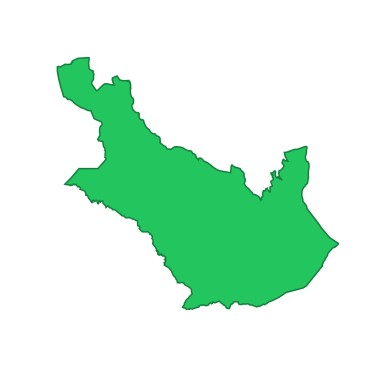 La Perla, Veracruz, Mexico, rotated 189°
{"feature_id": "50627088B27528347221252", "entity_name": "La Perla", "entity_type": "district", "adm_level": 2, "iso_a3": "MEX", "parent_name": "Mexico", "parent_adm1": "Veracruz", "projection": "albers", "projection_center": [-97.171, 18.982], "detail": "fine", "context": "isolated", "style": "filled", "palette": "green", "viewbox_px": 384, "rotation_deg": 189, "n_neighbors": 0, "source": "geoboundaries", "source_scale": "gbopen_adm2", "svg_char_len": 6037}
<svg xmlns="http://www.w3.org/2000/svg" viewBox="0 0 384 384"><g transform="rotate(189 192 192)"><path d="M85.8,254.8L87.8,254.4L94.7,250.6L97.5,250.1L104.7,246.1L107.0,245.5L105.2,241.1L104.3,240.5L103.8,239.2L102.2,237.6L104.1,237.4L105.4,237.6L106.6,238.6L107.1,238.4L107.6,234.7L105.5,232.8L105.4,231.8L105.9,230.1L108.0,227.1L109.3,226.9L109.3,224.0L108.7,222.5L108.5,221.2L104.8,217.9L106.0,218.2L108.9,219.5L109.6,220.3L110.3,219.3L111.8,220.5L112.4,222.5L112.5,224.8L113.2,225.8L113.8,225.7L115.4,223.7L117.0,223.1L116.2,221.3L114.8,221.6L115.0,219.3L113.7,217.8L113.9,216.6L115.8,214.9L115.3,213.6L113.5,210.5L115.8,209.0L114.8,204.5L115.4,204.3L116.9,205.5L118.0,206.7L118.2,207.5L119.8,206.3L119.9,204.6L121.6,204.4L122.2,202.1L121.3,199.4L121.5,198.7L122.7,197.7L122.1,195.8L122.7,194.6L124.8,197.3L126.2,198.3L127.4,198.8L130.3,199.4L131.1,199.2L131.7,199.6L132.4,200.9L134.1,201.9L136.8,204.3L138.1,204.9L140.1,206.4L141.7,208.4L141.1,211.5L141.6,213.4L142.6,214.4L142.7,215.2L143.3,216.1L143.1,216.9L143.3,217.7L144.1,219.2L147.4,221.5L148.2,222.7L149.5,222.7L150.7,223.1L153.5,223.1L154.0,223.7L154.7,223.7L155.8,224.2L156.7,225.0L157.3,224.0L156.9,217.1L167.9,217.3L170.5,217.8L175.3,219.9L176.8,221.0L181.4,223.4L184.7,224.3L188.2,226.7L189.5,226.8L190.6,226.2L190.7,224.8L193.0,226.6L193.7,228.2L195.2,229.8L197.3,230.1L198.8,232.1L200.0,232.4L201.9,232.1L204.2,232.6L206.2,233.3L206.6,233.8L209.8,234.5L214.7,234.3L216.4,233.7L219.8,230.7L220.8,230.9L223.4,230.6L224.5,232.1L225.6,232.9L227.4,233.4L231.5,235.8L231.2,236.6L231.9,239.9L233.3,241.5L235.8,242.0L237.6,243.6L238.9,243.4L240.5,243.7L242.5,244.9L244.1,247.0L246.0,247.9L248.1,249.7L250.5,253.6L251.1,255.2L252.4,255.7L253.0,255.5L254.2,255.7L255.1,256.2L256.0,257.6L256.3,260.7L256.7,261.6L257.7,261.9L258.3,261.7L260.9,262.2L261.9,263.1L263.1,263.7L263.7,265.3L264.9,267.1L264.8,269.1L264.0,269.9L263.9,273.3L265.0,275.5L266.0,275.8L266.8,276.8L268.2,279.6L269.1,284.8L268.7,284.8L269.9,290.1L270.4,290.0L270.8,291.5L272.7,291.3L272.3,292.1L277.5,291.1L280.3,291.3L281.3,291.7L284.2,294.9L288.5,292.1L288.2,290.0L285.7,285.3L292.9,285.5L295.2,285.1L296.5,283.9L300.3,278.8L300.9,277.6L302.2,277.1L308.1,283.1L308.2,285.1L306.9,287.7L307.4,291.7L307.2,292.4L307.6,293.5L308.3,294.2L308.3,295.9L312.0,296.9L313.0,298.1L314.3,303.3L314.4,307.0L314.7,308.6L325.6,306.2L330.9,302.5L330.4,301.3L331.5,300.6L331.2,299.5L334.6,298.5L337.4,298.3L341.7,294.8L343.7,295.2L344.6,294.5L343.8,290.0L341.4,283.1L338.3,275.7L333.6,266.0L331.6,266.0L329.4,264.0L326.6,264.2L324.1,262.9L321.9,261.2L315.0,258.0L311.4,257.4L308.2,256.4L306.2,256.2L304.8,256.7L300.1,249.1L292.7,247.1L292.0,246.4L291.6,245.8L291.5,244.3L292.8,242.4L293.1,240.1L292.6,236.3L291.7,234.1L293.4,229.2L292.7,228.7L292.4,228.0L290.9,228.1L287.9,227.7L286.6,223.1L285.1,221.8L284.7,220.9L284.5,219.4L283.7,218.1L283.8,216.4L283.3,212.5L282.9,212.4L282.0,210.8L288.6,200.4L307.3,197.4L313.8,186.7L318.8,179.8L316.6,179.6L314.6,180.1L313.9,179.4L313.4,179.3L313.0,179.8L312.7,179.6L310.9,180.2L310.6,181.2L309.4,181.2L308.9,180.8L308.4,181.1L307.4,181.0L305.6,179.2L304.4,179.7L303.1,178.9L302.8,177.6L303.0,177.1L299.4,176.5L297.9,175.9L296.7,174.0L296.3,172.1L295.1,172.3L294.5,172.1L293.2,169.7L291.3,168.1L289.4,165.9L288.8,166.0L288.3,166.4L288.9,167.3L288.1,168.6L287.4,168.3L286.7,167.4L286.3,167.7L285.7,168.7L285.2,168.8L284.5,168.3L283.4,165.8L282.8,165.7L282.4,166.2L282.7,167.8L282.1,169.0L281.5,168.8L281.3,167.9L280.9,167.6L280.1,168.7L279.2,169.1L278.4,168.8L278.2,167.1L275.8,165.3L274.9,164.3L274.6,163.3L272.9,165.2L272.3,165.1L271.4,163.7L268.7,163.3L267.8,162.2L265.1,162.2L260.1,159.3L259.5,159.5L258.8,158.4L258.3,158.4L257.2,157.5L255.6,157.6L253.2,156.1L250.0,157.0L245.6,155.8L244.3,155.8L243.0,155.2L241.9,155.3L241.2,154.3L240.4,150.2L238.3,149.8L238.1,149.5L238.5,147.6L235.8,145.4L235.3,145.1L233.9,144.9L233.3,145.4L232.4,145.2L229.2,145.8L228.3,145.1L227.3,144.8L227.0,143.6L225.6,143.5L224.3,142.0L224.1,141.2L224.4,139.9L223.0,138.6L222.7,136.8L222.9,135.1L222.4,134.3L219.5,131.7L217.8,129.4L218.2,128.7L217.4,127.9L217.0,128.2L216.6,127.1L216.5,127.5L215.9,127.9L215.9,125.0L214.7,124.7L215.1,125.4L214.3,125.3L214.1,125.6L212.9,125.0L212.8,125.9L212.4,126.0L211.2,124.4L210.8,124.9L209.8,124.7L209.9,124.3L208.5,123.8L207.5,123.0L208.0,122.1L207.6,121.6L208.5,120.9L207.2,120.2L207.5,118.7L208.4,117.8L207.6,117.6L207.9,116.7L207.5,116.5L207.9,115.4L203.1,113.6L199.5,110.3L199.3,109.4L197.7,107.4L197.4,106.5L195.3,105.3L193.8,103.0L192.9,102.6L192.3,100.2L189.6,100.3L188.8,100.9L185.8,101.0L185.0,99.4L179.6,97.4L177.4,95.9L176.8,92.9L175.8,91.7L178.7,87.4L179.1,86.4L180.1,85.5L181.3,83.4L181.4,82.3L182.1,80.9L182.0,79.3L183.0,77.8L183.3,76.7L182.4,76.3L181.1,76.3L179.3,75.4L176.0,75.8L175.2,76.7L173.1,76.4L172.2,77.3L169.8,78.3L169.2,79.0L168.1,78.9L167.2,79.6L166.8,80.8L164.9,81.9L163.5,81.8L162.5,82.3L160.8,81.9L159.4,82.2L157.7,83.5L157.5,84.6L156.6,85.3L155.7,85.3L155.4,84.7L154.8,84.8L154.6,85.0L154.3,86.6L152.3,86.2L151.3,86.4L148.6,88.4L148.0,88.3L145.3,86.6L144.4,86.4L143.3,85.3L142.2,85.3L141.1,84.5L139.8,82.8L137.9,82.5L136.8,82.8L136.7,84.2L136.2,85.1L136.1,86.7L135.8,87.2L134.3,88.0L133.9,88.8L133.9,89.8L133.1,90.3L131.4,90.3L130.7,90.6L129.0,90.5L128.6,89.1L128.2,88.6L126.8,88.4L125.0,88.8L123.5,89.6L122.0,89.5L119.9,90.3L118.1,90.0L117.1,89.5L115.0,89.8L114.4,89.5L110.0,88.7L108.2,89.7L107.5,89.6L104.0,92.2L102.4,92.1L99.1,95.3L95.4,97.5L90.0,101.3L86.3,104.6L83.5,107.4L67.1,114.7L64.4,117.2L52.2,138.3L51.6,138.9L52.0,140.2L50.9,144.2L50.1,145.6L49.5,147.9L48.3,150.5L48.2,152.0L47.8,153.3L44.3,158.7L42.2,159.9L40.1,162.4L39.4,163.4L39.4,164.1L49.0,168.5L58.2,176.4L63.3,181.8L76.1,193.8L76.2,195.0L77.2,196.6L80.1,199.4L80.8,199.6L81.4,202.1L83.0,205.4L83.5,209.6L83.3,211.5L82.4,214.2L81.4,214.9L81.1,216.2L79.4,218.5L79.3,225.1L79.9,227.6L80.3,230.8L80.3,235.1L80.8,237.6L81.9,239.9L83.4,240.1L84.0,240.7L85.6,243.8L85.1,248.7L85.6,251.8L85.3,253.6L85.8,254.8Z" fill="#22c55e" stroke="#15803d" stroke-width="1.5"/></g></svg>